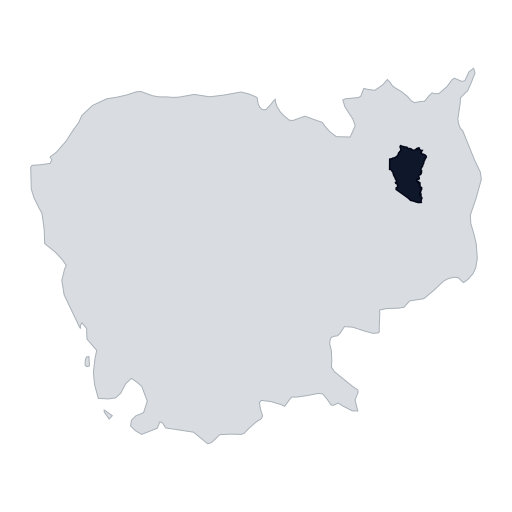 Koun Mom, Rôtânôkiri, Cambodia shown in context
{"feature_id": "14789045B34257820589195", "entity_name": "Koun Mom", "entity_type": "district", "adm_level": 2, "iso_a3": "KHM", "parent_name": "Cambodia", "parent_adm1": "Rôtânôkiri", "projection": "albers", "projection_center": [106.798, 13.499], "detail": "fine", "context": "in_parent", "style": "filled", "palette": "ink", "viewbox_px": 512, "rotation_deg": 0, "n_neighbors": 0, "source": "geoboundaries", "source_scale": "gbopen_adm2", "svg_char_len": 7475}
<svg xmlns="http://www.w3.org/2000/svg" viewBox="0 0 512 512"><path d="M473.6,68.3L475.0,73.1L471.4,82.3L467.7,90.6L460.5,97.8L460.2,103.1L457.8,119.0L458.7,124.1L460.4,128.4L462.7,130.7L469.0,146.3L474.7,160.4L480.3,172.0L481.3,179.4L476.2,198.0L470.3,215.1L470.8,223.6L473.4,232.2L476.2,243.5L477.3,258.1L475.8,267.6L473.1,273.5L467.9,279.5L463.4,282.6L458.0,277.5L453.7,277.3L447.9,278.8L443.4,281.2L434.1,290.1L423.8,298.7L409.6,300.9L404.0,307.3L398.1,308.2L386.8,308.5L379.5,310.0L379.8,313.2L379.2,328.4L379.3,332.0L378.2,332.9L373.1,333.4L364.4,331.0L352.7,327.2L344.4,326.6L340.1,333.2L337.6,335.8L334.4,336.2L331.1,337.4L330.0,340.3L329.7,344.0L331.3,350.3L331.8,360.4L331.4,367.2L334.4,371.6L352.3,386.2L357.6,389.8L358.2,392.0L355.0,399.9L357.8,411.0L352.1,410.8L342.8,406.0L338.3,403.1L332.9,405.4L331.0,404.9L327.3,399.5L322.6,393.8L317.6,393.5L307.2,395.6L296.5,397.1L292.5,397.0L290.8,398.0L284.6,406.3L281.9,404.9L271.2,401.6L261.4,400.4L259.4,402.5L260.5,409.3L262.6,415.9L261.3,418.7L255.9,422.2L248.8,428.4L244.3,433.2L241.3,434.4L230.4,434.1L219.6,434.7L215.2,439.2L211.1,442.8L207.6,443.7L193.6,432.2L165.6,427.9L162.6,422.9L159.9,421.8L157.2,428.3L141.7,434.4L135.3,430.6L130.6,425.9L131.4,420.3L135.9,415.8L143.6,412.6L147.3,401.1L141.7,386.3L136.6,381.9L131.3,378.4L125.6,383.8L120.7,393.2L115.6,397.9L108.6,398.9L98.3,398.4L94.5,384.3L93.4,372.2L95.0,358.5L96.7,350.4L87.0,339.1L86.6,328.4L81.9,322.8L80.4,325.5L80.5,328.6L79.2,326.4L64.1,294.8L61.8,280.2L64.6,269.0L66.3,265.3L61.9,259.3L55.7,252.5L44.7,243.6L44.2,229.7L42.0,213.3L38.8,207.7L33.9,197.5L31.3,189.1L30.7,167.0L32.2,165.3L40.0,164.8L50.1,163.4L51.8,159.8L50.1,156.9L56.6,152.0L66.0,141.2L73.4,129.8L78.6,122.7L81.8,115.6L92.3,105.6L106.7,98.8L116.4,97.3L126.6,95.0L136.3,91.8L140.9,91.5L152.8,95.8L159.3,96.9L166.1,96.9L173.2,97.4L179.4,97.1L194.1,94.4L209.7,96.8L223.7,95.1L241.0,92.0L249.4,94.1L257.1,97.5L258.2,104.2L259.9,107.3L262.5,109.7L265.9,109.7L270.3,105.1L274.0,100.3L275.3,99.4L275.4,101.8L277.2,107.0L280.5,112.2L283.8,115.6L289.3,120.2L292.9,120.5L304.8,116.2L322.4,122.5L324.5,125.7L330.2,132.1L336.4,136.7L350.2,137.0L355.2,125.8L352.8,119.0L345.0,107.0L342.8,100.0L345.3,98.8L358.7,97.5L360.8,96.1L363.8,88.4L367.4,89.3L374.8,90.3L382.6,85.0L387.3,79.5L389.8,82.0L392.5,85.9L395.5,88.1L401.2,91.5L407.3,96.2L411.2,100.8L414.3,102.6L422.2,101.3L424.3,101.5L428.9,95.9L432.1,92.9L434.9,93.7L438.9,93.6L447.1,86.5L451.8,80.0L454.4,78.2L461.8,81.4L464.8,80.8L469.0,71.8L473.6,68.3ZM89.5,365.7L88.0,366.5L86.5,366.5L85.1,365.2L85.3,360.1L86.4,357.0L88.9,356.5L89.5,365.7ZM112.3,415.7L109.1,419.0L104.2,412.0L104.2,410.0L112.3,415.7Z" fill="#d9dde1" stroke="#a8b0b8" stroke-width="1"/><path d="M421.3,202.4L421.1,202.0L421.1,201.0L421.5,199.2L421.9,198.1L421.9,197.9L421.8,197.6L421.7,197.6L421.4,197.3L421.0,196.7L420.9,196.5L421.0,196.4L420.9,196.0L420.7,195.9L420.9,195.7L420.8,195.4L420.8,195.0L420.7,195.0L420.8,194.8L421.0,194.8L421.0,194.7L420.8,194.7L421.0,194.5L421.0,194.3L420.7,194.1L420.4,194.1L420.1,194.0L420.2,193.9L419.8,193.9L419.8,193.7L419.7,193.7L419.5,193.4L419.6,193.2L419.8,193.3L419.8,193.1L419.9,192.8L419.9,192.6L420.1,192.5L420.0,192.4L420.3,192.2L420.5,192.1L420.6,191.9L420.5,191.7L420.5,191.4L420.4,191.3L420.5,191.2L420.4,191.1L420.6,190.8L420.9,190.6L421.0,190.6L421.0,190.3L420.9,190.2L421.0,190.1L420.9,190.0L420.9,189.9L421.1,189.9L421.2,189.7L421.3,189.6L421.3,189.4L421.6,189.3L421.6,189.0L421.4,188.9L421.3,188.6L421.5,188.4L421.4,188.3L421.4,188.2L421.5,187.9L421.4,187.7L421.5,187.6L421.2,187.4L421.1,187.5L421.1,187.4L420.9,187.4L421.0,187.3L420.9,187.2L420.7,187.2L420.7,187.3L420.6,187.2L420.4,187.0L420.3,186.9L420.2,186.9L420.0,186.6L420.1,186.4L420.1,186.2L419.9,186.1L419.9,185.9L419.9,185.7L419.7,185.7L419.8,185.6L419.7,185.5L419.7,185.4L419.6,185.2L419.6,184.9L419.8,184.8L419.9,184.7L419.7,184.5L419.6,184.3L419.7,184.2L419.8,184.0L419.8,183.7L419.6,183.7L419.8,183.4L419.7,183.4L419.7,183.2L419.5,183.3L419.5,183.2L419.4,183.1L419.5,183.0L419.4,182.9L419.3,182.7L418.9,182.7L419.0,182.6L418.6,182.3L418.6,182.2L418.5,182.3L418.3,182.1L418.2,182.0L418.2,181.9L417.9,182.0L417.8,181.9L417.4,181.9L417.3,181.2L417.2,181.1L416.9,181.0L416.9,180.9L417.0,180.9L416.8,180.7L416.7,180.6L416.6,180.4L416.4,180.0L416.6,179.6L417.0,179.4L417.4,179.4L418.2,179.5L418.6,179.4L418.9,179.1L419.2,178.7L419.3,178.2L419.3,177.9L419.1,177.7L418.9,177.3L418.7,176.9L418.9,175.5L419.1,175.0L419.2,174.8L419.4,174.7L419.6,174.6L419.9,174.7L420.0,174.4L420.2,174.1L420.3,174.1L420.4,174.4L420.5,174.4L420.5,174.2L421.0,173.8L421.0,173.7L420.8,173.7L421.1,173.5L421.2,173.4L421.1,173.2L421.0,173.3L421.0,172.9L420.8,172.8L420.8,172.7L421.1,172.6L421.2,172.4L421.3,172.4L421.3,172.1L421.3,171.9L421.5,171.9L421.4,171.4L421.5,171.2L421.4,171.1L421.2,171.0L421.3,170.9L420.9,170.8L420.9,170.6L420.7,170.6L420.6,170.4L420.7,170.1L420.9,169.7L421.0,169.3L421.0,168.6L421.4,168.0L422.0,166.8L422.7,166.0L422.7,165.7L422.7,164.7L423.2,164.2L423.7,163.1L423.8,162.0L424.0,161.7L424.2,160.2L424.8,160.0L424.9,159.9L424.7,159.5L424.9,159.0L425.3,158.6L425.5,158.2L425.7,157.9L426.0,157.8L426.1,157.3L426.1,156.9L426.3,156.8L426.1,156.3L426.0,155.9L425.5,155.4L425.3,155.4L424.9,154.9L424.7,154.9L424.2,154.7L423.8,154.3L423.4,154.3L422.8,154.3L422.7,154.2L422.5,154.3L422.3,154.2L422.0,154.0L421.8,153.8L421.7,153.3L421.4,153.3L421.2,153.3L421.1,153.1L421.1,152.9L420.8,152.7L422.2,150.5L421.1,150.5L420.6,150.0L419.8,149.8L419.1,149.4L418.7,149.3L418.2,149.3L418.6,149.0L419.2,148.6L419.3,148.5L419.4,148.2L418.9,147.8L417.0,148.4L416.6,148.6L415.9,149.4L414.7,150.1L414.4,150.1L413.5,150.2L412.8,150.1L412.2,149.8L411.0,148.8L410.6,148.6L410.3,148.6L409.9,148.8L409.4,148.5L409.1,148.5L408.0,148.4L407.6,148.2L407.1,147.4L406.4,147.1L405.8,147.0L405.3,147.1L405.0,147.1L404.3,146.8L404.0,146.7L403.9,146.6L403.6,146.6L403.3,146.5L402.8,146.4L402.6,146.4L402.4,146.4L402.2,146.3L401.9,146.3L401.7,146.1L401.4,146.1L401.2,146.0L401.1,145.9L401.0,146.0L400.8,145.9L400.5,145.7L400.1,146.5L400.1,147.2L400.3,147.7L400.7,148.8L400.9,149.5L400.9,149.9L400.4,150.8L400.1,151.3L399.6,151.8L399.4,152.4L399.0,152.5L398.7,152.8L398.4,153.3L398.5,153.6L398.4,154.0L398.2,154.7L397.4,155.5L397.2,156.0L396.9,156.4L396.2,156.7L395.9,157.1L395.0,157.6L394.7,157.6L394.4,158.0L393.2,158.0L392.6,158.2L391.6,158.9L391.2,158.8L390.6,159.0L389.7,159.1L389.6,169.4L390.5,169.5L391.5,170.1L391.7,170.3L392.1,171.3L393.0,172.4L393.3,173.4L393.2,173.8L393.4,174.5L393.9,175.6L394.3,176.5L394.7,177.0L395.1,177.8L395.4,178.4L395.3,178.6L395.4,178.9L395.4,179.0L395.5,179.2L395.7,179.3L395.5,179.5L395.7,179.4L396.0,179.6L396.0,179.8L396.4,180.1L396.5,180.2L396.6,180.4L396.5,180.7L396.6,180.9L396.6,181.1L396.8,181.2L396.8,181.3L396.7,181.4L396.5,181.6L396.4,181.7L396.4,181.8L396.2,182.0L395.8,182.2L396.0,182.3L396.0,182.6L396.1,182.9L396.0,183.1L396.5,183.1L396.6,183.4L396.5,183.6L396.9,183.7L397.0,183.8L397.1,183.6L397.4,183.9L397.3,184.0L397.4,184.4L397.3,184.8L397.5,185.2L397.8,185.3L397.7,185.6L397.7,185.8L397.6,186.0L397.8,186.0L397.8,186.3L397.9,186.5L397.7,186.8L397.7,187.1L397.7,187.5L397.4,187.6L397.1,187.7L396.9,187.8L396.6,187.9L396.4,187.9L396.2,187.9L396.2,188.0L396.3,188.0L396.2,188.3L396.3,188.6L396.3,188.9L396.4,189.2L396.2,189.5L405.1,195.8L408.0,197.9L410.6,200.4L410.9,200.5L412.2,200.7L415.2,201.6L415.6,201.9L416.7,202.1L418.0,202.5L418.9,202.6L420.3,202.4L421.0,202.5L421.3,202.4Z" fill="#0f172a" stroke="#020617" stroke-width="1.5"/></svg>